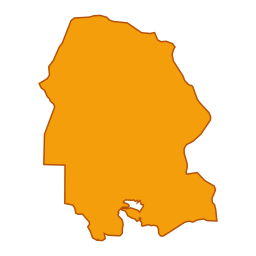 an SVG outline of Khuzestan
{"feature_id": "IRN-3219", "entity_name": "Khuzestan", "entity_type": "Province", "adm_level": 1, "iso_a3": "IRN", "parent_name": "Iran", "parent_adm1": "", "projection": "albers", "projection_center": [48.994, 31.501], "detail": "medium", "context": "isolated", "style": "filled", "palette": "amber", "viewbox_px": 256, "rotation_deg": 0, "n_neighbors": 0, "source": "natural_earth", "source_scale": "10m", "svg_char_len": 1859}
<svg xmlns="http://www.w3.org/2000/svg" viewBox="0 0 256 256"><path d="M77.9,214.2L75.9,213.2L74.6,207.7L72.8,205.1L64.8,203.4L65.0,165.1L43.8,164.5L44.5,134.3L54.7,107.0L53.7,104.1L50.3,101.1L49.4,98.6L47.4,96.8L44.4,90.2L41.3,88.0L39.1,83.5L47.2,78.7L49.5,75.1L48.7,66.7L53.3,60.6L59.1,47.4L62.5,42.5L71.1,20.5L74.4,18.0L89.5,17.1L93.8,15.8L100.3,15.4L106.7,17.3L109.8,20.3L113.6,21.5L127.2,22.9L141.5,32.7L150.1,33.5L154.6,32.6L157.6,39.9L160.9,41.7L166.2,41.3L172.4,43.6L175.0,47.0L173.7,49.1L172.1,54.5L173.4,61.1L182.8,75.7L184.7,80.6L188.7,84.7L191.6,85.6L192.7,86.6L197.2,99.0L199.1,102.0L208.8,112.5L210.6,116.5L210.5,119.9L200.9,134.1L193.5,140.9L186.6,144.6L185.1,146.7L184.1,149.1L184.2,153.4L187.1,163.7L187.3,166.6L186.1,172.3L186.6,174.1L197.2,172.6L204.8,180.6L214.3,186.2L215.5,190.1L211.9,198.7L212.4,202.5L214.5,204.7L215.7,209.5L216.9,221.0L207.2,220.6L203.6,218.9L197.1,220.0L193.0,222.1L189.1,221.2L186.8,221.6L184.5,222.4L164.7,235.2L162.5,236.2L160.4,235.8L158.6,233.2L158.4,228.7L157.1,226.1L153.8,225.2L151.0,225.7L148.9,224.7L142.3,226.1L141.7,225.5L141.7,222.5L140.4,221.2L140.7,218.2L140.0,217.7L139.0,220.2L137.0,221.2L134.6,218.8L132.1,218.2L127.9,215.8L125.5,211.2L121.8,209.8L122.5,208.6L123.6,208.3L127.5,208.7L130.7,207.8L137.9,210.3L139.6,212.2L143.0,206.8L143.4,204.7L141.2,204.4L140.1,200.6L137.4,202.7L137.8,201.2L137.3,200.4L135.2,201.3L133.7,199.8L132.4,200.3L125.6,199.9L123.8,201.1L123.4,202.6L127.1,203.7L128.6,204.7L129.1,206.0L127.9,207.3L122.7,207.0L119.3,210.2L118.1,212.3L118.8,213.0L118.0,214.5L118.4,216.0L121.8,219.3L122.8,222.2L123.1,225.5L122.3,228.7L122.3,233.2L120.3,235.4L119.0,235.8L108.0,235.2L104.3,233.5L105.2,238.7L102.2,240.6L97.6,240.2L97.6,239.7L97.1,240.3L92.5,237.8L90.4,231.4L87.7,226.8L89.5,224.3L89.2,221.9L82.5,214.1L77.9,214.2Z" fill="#f59e0b" stroke="#b45309" stroke-width="1.5"/></svg>